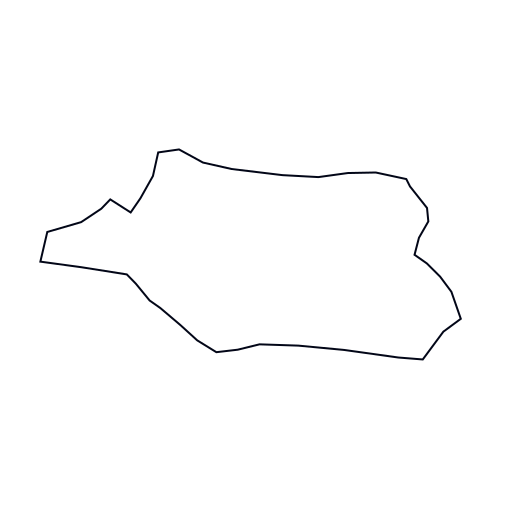 Kil, Värmland, Sweden, rotated 9°
{"feature_id": "70781695B19557897917232", "entity_name": "Kil", "entity_type": "district", "adm_level": 2, "iso_a3": "SWE", "parent_name": "Sweden", "parent_adm1": "Värmland", "projection": "natural_earth1", "projection_center": [13.218, 59.582], "detail": "fine", "context": "isolated", "style": "outline", "palette": "ink", "viewbox_px": 512, "rotation_deg": 9, "n_neighbors": 0, "source": "geoboundaries", "source_scale": "gbopen_adm2", "svg_char_len": 662}
<svg xmlns="http://www.w3.org/2000/svg" viewBox="0 0 512 512"><g transform="rotate(9 256 256)"><path d="M46.1,264.9L43.9,295.3L85.4,294.4L131.3,294.4L141.6,302.1L157.9,316.6L169.7,322.4L191.9,335.9L211.1,348.5L231.9,357.2L252.6,351.4L273.3,342.7L311.8,337.9L357.7,335.0L412.4,334.0L436.9,332.1L452.9,301.4L468.1,286.0L454.6,260.8L441.1,247.6L425.9,236.6L412.4,230.0L414.1,212.5L420.8,194.9L417.4,181.8L397.2,163.2L392.4,156.5L361.2,154.8L333.7,159.7L305.3,168.3L269.4,172.0L218.3,173.9L189.0,172.0L163.3,162.8L143.2,169.0L141.7,193.1L132.8,217.1L125.4,232.6L103.2,222.9L95.8,233.5L78.0,249.9L46.1,264.9Z" fill="none" stroke="#020617" stroke-width="2"/></g></svg>